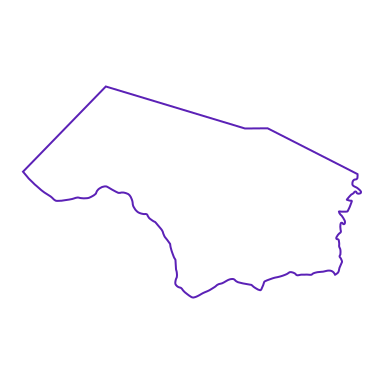 Virginia, Lempira, Honduras
{"feature_id": "27666195B15958478050102", "entity_name": "Virginia", "entity_type": "district", "adm_level": 2, "iso_a3": "HND", "parent_name": "Honduras", "parent_adm1": "Lempira", "projection": "albers", "projection_center": [-88.553, 14.007], "detail": "fine", "context": "isolated", "style": "outline", "palette": "violet", "viewbox_px": 384, "rotation_deg": 0, "n_neighbors": 0, "source": "geoboundaries", "source_scale": "gbopen_adm2", "svg_char_len": 6018}
<svg xmlns="http://www.w3.org/2000/svg" viewBox="0 0 384 384"><path d="M105.8,86.5L23.0,171.7L27.3,176.8L28.6,178.4L29.6,179.4L32.6,182.3L34.7,184.4L36.7,186.1L40.1,189.1L41.0,189.9L42.0,190.7L44.4,192.5L49.9,196.0L50.8,196.6L52.2,197.8L53.9,199.5L54.5,199.9L55.2,200.4L55.8,200.7L56.4,200.8L57.1,200.9L59.4,200.8L61.6,200.7L64.9,200.2L69.0,199.6L71.1,199.2L72.1,199.0L73.8,198.5L75.6,197.9L76.5,197.7L77.2,197.6L77.8,197.5L78.2,197.6L78.7,197.6L80.1,198.0L80.9,198.1L81.8,198.2L83.1,198.3L84.7,198.3L86.9,198.2L87.7,198.1L88.6,197.9L89.3,197.7L89.9,197.4L91.0,196.9L92.3,196.2L93.7,195.4L94.5,194.8L95.1,194.3L95.7,193.8L96.0,193.4L96.1,193.0L96.4,192.3L96.6,191.8L96.9,191.1L97.3,190.6L97.8,190.0L98.4,189.3L98.9,188.9L99.6,188.4L100.8,187.7L101.9,187.1L102.5,186.9L103.4,186.7L104.1,186.5L104.9,186.4L105.5,186.4L106.0,186.4L106.5,186.5L107.0,186.7L108.3,187.4L112.2,189.7L116.1,191.8L118.2,192.8L118.8,192.9L119.4,192.9L120.1,192.9L121.0,192.6L121.8,192.5L122.9,192.5L123.8,192.6L125.1,192.9L126.4,193.3L127.6,193.8L128.1,194.0L128.5,194.3L129.2,194.9L129.6,195.3L130.1,196.0L130.7,196.9L131.2,198.0L131.8,199.4L132.3,200.9L132.6,202.4L132.8,204.5L133.0,205.2L133.2,206.0L133.8,207.2L134.5,208.3L135.3,209.6L136.0,210.4L137.0,211.4L138.0,212.2L138.9,212.7L140.1,213.2L141.4,213.6L143.3,214.0L144.1,214.1L145.2,214.0L145.8,214.0L146.5,214.2L146.9,214.4L147.1,214.6L147.3,214.9L147.5,215.2L147.7,215.8L148.2,216.6L148.8,217.6L149.3,218.2L150.0,218.8L152.2,220.4L153.6,221.3L154.9,221.9L155.3,222.2L155.5,222.4L156.2,223.2L157.7,225.0L160.5,228.3L161.4,229.4L162.0,230.3L162.4,231.0L162.6,231.5L162.9,232.1L163.2,233.3L163.5,234.1L164.1,235.5L164.6,236.6L165.1,237.3L167.2,239.9L169.5,243.1L169.9,243.6L170.1,243.9L170.2,244.6L170.4,246.1L170.6,247.2L171.5,250.5L172.0,252.0L172.6,253.7L173.8,256.9L174.4,258.1L175.1,259.2L175.4,259.7L175.5,260.6L175.7,264.1L176.0,269.0L176.1,269.7L176.6,271.4L176.8,272.6L176.9,273.8L177.0,275.0L176.9,276.2L176.8,277.2L176.6,277.7L176.1,278.8L175.8,279.6L175.6,280.5L175.4,281.6L175.3,282.5L175.3,283.1L175.4,283.9L175.6,284.4L175.9,284.9L176.5,285.6L177.1,286.2L177.8,286.7L178.3,287.0L178.8,287.2L179.3,287.4L180.1,287.6L180.5,287.7L180.9,287.9L181.3,288.2L182.0,288.9L182.9,290.2L183.5,290.9L184.9,292.3L187.3,294.2L189.3,295.7L190.4,296.4L191.5,297.1L192.4,297.4L193.1,297.5L193.5,297.5L194.0,297.4L195.2,297.1L195.8,296.9L197.4,296.2L199.5,295.1L201.7,293.8L202.8,293.2L204.5,292.4L207.4,291.2L208.9,290.5L210.0,289.9L212.6,288.3L214.5,287.1L215.5,286.4L216.5,285.5L217.1,285.0L218.2,284.4L218.6,284.2L219.2,284.0L221.0,283.6L222.3,283.2L223.9,282.4L226.1,281.1L227.7,280.2L228.6,279.8L229.4,279.5L230.4,279.2L231.1,279.1L232.0,279.0L232.8,279.0L233.4,279.1L233.9,279.3L234.4,279.6L234.8,279.9L235.6,280.8L236.5,281.4L237.2,281.8L238.0,282.2L242.9,283.4L251.4,284.9L251.8,285.2L252.9,286.2L253.7,286.9L255.5,288.1L257.4,289.2L258.1,289.6L258.8,289.8L259.7,290.1L260.3,290.2L260.6,290.1L260.9,289.9L261.1,289.6L261.4,289.2L262.3,287.1L263.2,285.1L263.6,283.8L264.1,282.2L264.3,281.9L264.5,281.6L264.9,281.3L266.9,280.4L268.2,279.9L271.8,278.6L273.3,278.1L275.1,277.6L277.7,277.1L279.7,276.6L281.1,276.2L282.7,275.7L285.1,274.8L286.7,274.1L287.6,273.6L288.8,272.7L289.4,272.4L290.0,272.1L290.6,272.1L291.6,272.2L293.1,272.6L294.0,273.0L294.6,273.3L295.2,273.7L295.7,274.2L296.2,274.8L296.5,275.0L297.0,275.2L297.6,275.3L298.5,275.2L300.4,274.8L301.2,274.7L301.9,274.7L307.1,274.6L309.9,274.8L311.1,274.8L311.5,274.6L311.8,274.5L312.1,274.3L312.8,273.7L313.2,273.4L313.7,273.2L315.2,272.7L316.5,272.4L317.4,272.2L318.2,272.1L321.4,271.8L322.8,271.7L323.9,271.5L326.4,270.9L327.4,270.7L328.3,270.6L329.5,270.6L330.5,270.7L331.5,271.0L332.3,271.4L333.0,271.9L333.6,272.4L334.3,273.4L335.1,274.7L336.0,274.2L336.7,273.7L337.6,273.0L338.0,272.6L338.4,271.9L338.7,271.2L339.0,270.0L339.3,268.6L339.5,267.8L342.0,262.0L342.0,261.7L342.0,261.4L341.7,260.4L341.0,258.8L340.6,258.1L339.8,257.1L339.7,256.8L339.6,256.5L339.6,256.1L339.7,255.8L340.2,254.8L340.4,254.4L340.4,254.0L340.5,252.6L340.5,251.1L340.4,250.0L340.2,249.0L339.9,248.3L339.4,247.3L339.2,246.6L339.1,245.9L339.2,244.4L339.2,243.2L339.0,241.8L338.8,240.4L338.8,240.2L338.6,239.9L338.4,239.6L338.1,239.4L337.8,239.2L336.9,239.1L336.6,238.9L336.4,238.7L336.3,238.4L336.3,238.2L336.3,237.9L336.4,237.4L336.7,236.9L337.3,235.9L338.0,234.8L338.5,234.3L339.0,233.7L339.5,233.3L340.4,232.6L340.7,232.2L340.8,231.9L340.9,231.5L340.9,231.1L340.6,229.8L340.5,228.9L340.4,227.9L340.3,226.7L340.4,225.4L340.4,224.8L340.6,223.9L340.8,223.3L341.0,223.0L341.3,222.8L341.7,222.8L342.0,222.8L342.3,222.9L342.5,223.1L342.7,223.3L342.9,223.7L343.2,224.0L343.4,224.1L343.6,224.1L343.9,224.1L344.1,224.1L344.5,223.8L344.7,223.6L344.8,223.4L344.9,222.8L345.0,222.0L344.9,221.4L344.8,220.9L344.3,219.9L343.2,217.9L342.5,216.9L341.7,215.7L341.1,215.2L340.7,214.8L340.3,214.4L339.9,213.8L339.4,213.1L339.1,212.2L339.0,211.6L339.6,211.4L341.0,211.6L342.2,211.7L344.9,211.7L346.6,211.6L347.2,211.5L347.4,211.4L347.7,211.1L348.3,209.9L349.7,207.0L350.8,204.1L351.5,202.2L351.8,201.2L351.7,201.0L351.6,200.8L351.3,200.7L351.0,200.7L350.2,200.7L349.3,200.5L348.2,200.2L347.0,199.8L346.9,199.7L347.0,199.4L348.9,197.1L351.0,194.8L351.5,194.4L352.5,193.9L353.2,193.4L353.7,193.0L354.3,192.1L354.7,191.8L355.0,191.6L355.5,191.5L355.8,191.6L356.0,191.7L356.2,191.8L356.3,192.0L356.6,192.7L356.9,193.1L357.1,193.3L357.4,193.4L357.9,193.6L358.3,193.7L358.6,193.7L359.3,193.6L359.7,193.5L360.5,193.2L360.8,192.8L360.9,192.6L361.0,192.2L361.0,191.9L360.9,191.5L360.6,191.1L360.1,190.4L358.9,189.3L357.2,187.9L356.1,187.3L354.4,186.5L353.9,186.2L353.4,185.9L353.0,185.5L352.8,185.2L352.5,184.8L352.4,184.4L352.4,184.0L352.4,183.3L352.5,182.2L352.7,181.8L352.9,181.1L353.1,180.8L353.3,180.5L353.8,180.0L354.1,179.8L354.5,179.6L355.0,179.5L355.9,179.4L356.2,179.3L356.4,179.2L356.7,179.0L356.9,178.8L357.1,178.6L357.3,178.3L357.4,177.9L357.5,176.9L357.6,175.2L357.5,174.1L267.6,128.3L245.0,128.5L105.8,86.5Z" fill="none" stroke="#5b21b6" stroke-width="2"/></svg>